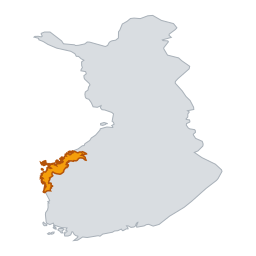 Ostrobothnia highlighted on a map of Finland
{"feature_id": "FIN-3182", "entity_name": "Ostrobothnia", "entity_type": "Province", "adm_level": 1, "iso_a3": "FIN", "parent_name": "Finland", "parent_adm1": "", "projection": "natural_earth1", "projection_center": [22.043, 62.87], "detail": "fine", "context": "in_parent", "style": "filled", "palette": "amber", "viewbox_px": 256, "rotation_deg": 0, "n_neighbors": 0, "source": "natural_earth", "source_scale": "10m", "svg_char_len": 8805}
<svg xmlns="http://www.w3.org/2000/svg" viewBox="0 0 256 256"><path d="M93.1,106.8L91.3,102.7L88.9,99.3L86.2,98.4L85.3,97.0L84.9,94.2L85.3,92.0L88.0,90.0L88.5,87.1L90.0,84.9L89.2,83.4L84.8,79.3L84.1,78.0L83.9,75.7L86.3,73.7L85.6,71.6L80.9,70.8L81.1,69.6L82.4,67.5L81.7,65.7L81.6,61.9L83.9,60.2L81.2,58.8L78.5,56.4L76.3,56.3L74.9,53.7L70.8,51.3L56.6,48.1L47.9,44.4L43.2,41.5L38.9,39.8L38.5,38.3L34.0,37.1L34.9,36.4L38.4,36.3L41.3,36.9L42.3,36.1L41.1,33.9L41.3,33.3L44.6,32.0L50.0,32.0L61.6,40.9L63.5,43.8L74.4,44.8L75.6,45.5L78.5,45.3L84.8,43.9L87.2,42.0L89.6,42.1L105.3,46.5L107.6,45.5L109.0,42.8L110.2,41.6L112.0,40.8L115.6,40.2L118.4,38.0L118.5,31.8L119.8,30.1L122.3,24.0L127.1,21.3L130.5,18.5L134.0,18.1L140.4,18.6L147.8,15.8L152.7,15.4L161.4,20.4L173.5,23.6L176.9,27.8L175.4,29.5L169.2,34.1L169.0,35.3L171.3,37.4L162.3,39.9L163.0,40.6L167.8,40.9L168.4,41.8L163.8,47.7L163.7,48.7L167.5,55.1L178.6,57.9L181.7,60.7L189.7,66.3L189.1,68.9L177.9,78.7L175.4,81.4L175.2,83.1L182.2,90.9L186.0,96.5L190.1,100.5L193.6,107.2L193.8,109.5L187.5,110.7L189.3,112.0L187.8,114.0L187.8,117.0L186.0,119.0L186.4,119.5L189.5,119.9L189.9,121.3L189.7,122.1L186.5,123.6L186.3,125.1L188.1,127.8L189.5,128.8L194.5,129.6L195.2,130.3L195.5,132.3L193.3,134.2L193.3,134.9L195.6,138.4L202.2,141.3L203.0,143.4L203.1,144.8L202.8,146.1L198.0,150.9L194.3,152.4L201.9,157.6L215.4,164.2L221.5,169.8L222.0,171.4L218.1,178.5L216.5,180.4L206.1,188.4L191.4,201.5L184.0,207.4L169.5,216.2L159.1,224.4L153.2,226.1L148.6,224.3L146.3,224.7L144.1,225.9L136.8,227.2L136.5,225.9L137.9,222.3L137.3,222.4L136.0,224.1L135.4,226.0L134.0,227.0L131.0,227.4L128.0,225.8L126.5,225.8L128.1,228.2L128.0,228.9L126.4,228.8L123.2,230.6L122.4,230.6L121.3,229.1L117.8,230.7L114.5,231.0L112.5,232.2L102.7,234.1L100.0,236.2L98.2,235.7L87.2,237.5L82.6,237.0L77.6,240.2L73.7,240.6L77.7,237.3L77.9,236.2L75.8,235.6L74.2,234.4L72.8,231.9L72.0,231.7L70.7,234.9L68.1,236.0L64.8,236.0L64.4,234.6L65.0,233.3L64.5,233.1L64.9,232.1L66.6,232.0L67.1,231.5L67.0,230.8L65.7,230.2L67.0,228.0L61.2,227.5L54.1,225.1L53.2,223.1L49.8,224.6L46.7,223.1L46.2,222.1L45.4,214.6L45.7,212.5L47.5,210.0L48.1,207.5L48.0,202.9L49.0,202.9L47.8,201.4L49.5,201.0L49.7,200.5L45.9,193.2L43.6,191.5L45.4,186.2L45.2,185.0L44.9,183.6L42.1,182.0L41.1,177.3L41.8,174.7L47.2,169.9L47.5,168.1L50.6,168.0L49.2,166.3L48.8,164.3L53.2,163.5L54.8,164.1L58.7,163.4L62.2,161.9L60.8,159.1L62.6,159.0L62.0,158.3L62.1,157.6L63.5,157.9L65.7,155.9L65.8,154.4L69.7,153.6L74.1,150.5L78.1,148.9L82.3,145.8L84.1,145.6L85.0,143.6L89.7,140.5L91.3,138.0L95.6,135.1L99.9,130.2L100.3,128.8L106.8,127.0L112.8,127.5L112.6,126.3L111.7,125.5L114.1,124.2L113.5,122.3L112.1,121.3L113.5,113.9L111.7,112.4L104.8,110.0L102.0,109.7L100.4,107.8L101.1,105.6L97.4,107.3L93.1,106.8ZM58.9,228.5L62.9,228.5L64.0,229.7L62.2,230.5L62.0,231.4L63.0,232.9L61.2,232.9L60.0,231.3L58.0,230.1L58.9,228.5ZM105.2,124.6L102.7,125.4L100.6,124.9L100.6,123.5L104.1,122.5L107.7,123.6L105.9,123.9L105.2,124.6ZM43.4,162.6L43.3,163.9L45.7,163.0L46.7,163.3L46.5,164.4L45.7,164.2L43.7,165.4L41.9,164.4L40.8,162.6L43.4,162.6ZM46.9,224.6L46.7,225.6L44.3,225.7L43.3,224.7L42.8,222.9L43.7,222.1L44.3,223.1L46.9,224.6ZM56.5,229.0L55.2,229.1L53.4,228.0L53.2,227.5L53.9,227.3L53.6,225.9L55.0,226.7L55.8,227.5L55.0,227.7L56.5,229.0ZM53.7,233.5L51.9,234.2L51.2,234.1L51.4,232.7L52.5,232.1L54.2,232.1L53.7,233.5ZM50.0,234.2L48.5,234.4L47.5,233.8L49.0,232.7L50.1,232.8L50.4,233.4L50.0,234.2Z" fill="#d9dde1" stroke="#a8b0b8" stroke-width="1"/><path d="M44.7,192.6L44.0,192.4L44.3,191.9L44.1,191.7L43.3,191.6L44.0,190.1L44.1,189.6L44.2,188.5L44.4,188.3L44.6,188.8L44.9,188.2L45.0,187.8L44.9,187.6L45.1,187.3L45.9,186.9L46.0,186.6L45.8,186.4L45.4,186.1L45.7,185.3L45.4,185.3L45.0,185.8L44.7,186.1L45.0,184.7L45.0,183.6L45.1,183.3L44.2,183.5L43.9,183.4L43.8,183.2L43.8,182.9L43.9,182.6L44.1,182.4L43.9,182.0L42.8,183.2L42.8,183.4L43.0,183.7L42.6,183.7L42.5,183.3L42.8,182.5L42.4,182.4L42.8,181.9L42.5,181.7L42.1,181.8L41.6,182.2L41.5,181.9L41.9,180.8L41.4,181.0L41.3,180.9L41.3,180.1L41.4,179.8L41.9,179.4L41.5,178.8L42.5,178.1L42.9,178.2L42.6,177.8L41.4,177.6L41.1,177.3L40.7,177.5L40.4,177.9L40.4,177.3L40.7,176.5L40.6,176.0L41.5,175.8L41.9,175.5L42.1,175.1L42.1,174.9L41.7,174.8L41.3,174.4L41.2,174.0L41.3,173.7L41.5,173.5L41.9,173.4L42.5,173.7L43.0,173.0L43.2,172.0L43.5,171.8L43.9,171.8L45.1,172.1L45.5,172.0L46.1,171.5L46.6,170.1L47.3,169.9L47.1,169.1L47.0,168.0L47.0,167.9L47.6,167.9L47.7,167.5L47.9,167.2L48.4,167.4L49.1,167.9L50.2,168.3L50.7,168.4L51.3,168.2L50.5,167.6L49.0,166.7L48.9,166.4L49.2,166.1L48.8,166.2L48.5,166.2L48.4,166.0L48.3,165.4L48.1,165.3L48.2,165.1L48.9,165.0L48.9,164.9L48.2,164.7L47.9,164.2L48.1,164.0L49.0,163.6L50.0,164.3L50.5,164.4L50.9,163.9L51.7,164.3L52.2,164.4L52.6,164.2L51.5,163.9L52.2,163.5L53.2,163.5L54.4,163.0L54.8,163.0L54.6,163.6L54.8,164.4L54.6,164.9L55.0,164.9L56.4,165.6L55.9,164.7L56.6,164.4L57.1,163.5L57.4,163.3L57.9,163.8L58.2,163.8L58.8,163.5L59.4,163.7L59.7,163.6L59.8,163.6L59.8,163.3L60.2,163.5L60.9,162.9L61.5,162.1L62.0,162.7L62.4,162.5L63.1,161.7L62.4,160.8L61.9,160.5L61.0,159.6L60.4,159.6L60.2,159.4L60.0,159.2L59.9,158.6L60.3,158.3L60.9,158.3L61.9,159.1L63.0,159.3L63.6,159.5L62.1,158.6L61.5,157.9L61.3,157.4L61.5,157.1L62.5,157.2L62.4,157.6L62.4,157.8L63.2,158.0L63.5,158.2L63.5,158.7L64.2,158.3L64.0,157.9L64.1,157.7L64.6,156.5L65.2,156.0L65.2,155.8L66.1,156.0L65.9,155.7L65.2,154.9L65.8,154.5L65.7,154.2L66.4,154.3L66.7,154.2L66.9,153.8L66.8,153.1L67.2,153.2L67.6,153.6L67.8,153.3L67.9,153.1L68.3,153.2L68.8,153.6L68.8,153.9L68.8,154.2L69.3,154.8L70.0,154.8L70.6,154.5L70.9,154.4L71.0,153.9L71.1,153.7L71.4,153.5L71.9,153.3L72.2,153.1L71.0,152.6L72.2,152.6L71.7,152.2L72.2,152.3L72.6,152.3L72.7,151.8L72.3,151.6L72.1,151.4L72.2,151.1L72.5,151.0L72.9,151.0L73.1,151.1L73.4,151.6L73.7,151.9L73.9,151.8L73.9,151.6L73.7,151.3L74.0,151.4L74.5,151.3L77.3,152.7L78.1,152.8L79.4,152.0L80.1,151.9L81.6,152.3L82.1,151.7L82.5,151.7L84.0,152.3L86.2,153.5L86.5,153.9L86.3,154.0L84.4,154.3L83.3,154.7L82.8,154.5L82.5,153.9L82.4,153.9L82.1,154.1L82.2,154.6L81.9,154.8L81.9,155.1L81.5,155.3L82.4,155.5L83.3,155.5L83.7,155.6L83.9,156.4L84.9,157.0L85.2,157.4L85.6,159.4L85.8,159.7L86.2,160.2L86.1,160.3L85.2,160.0L84.5,159.6L83.4,158.4L82.6,158.1L81.7,158.0L80.0,157.9L79.1,158.2L78.4,158.7L77.4,160.1L76.6,160.6L76.0,160.8L73.7,160.6L73.5,160.8L73.5,161.2L73.2,161.3L71.6,160.9L69.4,160.9L69.6,161.1L67.9,161.8L68.3,162.2L67.2,162.5L66.6,162.8L66.5,163.0L66.5,163.3L67.0,163.4L67.0,163.6L66.6,164.0L67.0,164.0L66.7,164.7L68.1,164.6L68.4,165.0L68.3,165.8L67.9,165.9L67.7,166.1L67.8,166.2L67.8,166.5L67.6,167.0L67.3,167.1L66.8,167.1L66.2,167.2L66.0,167.4L66.3,167.7L65.9,167.8L65.3,168.2L64.1,169.8L63.9,170.4L63.6,171.0L63.7,171.6L63.5,172.0L61.7,173.4L60.9,173.9L60.4,174.1L59.8,174.2L56.5,173.7L55.2,173.3L54.4,173.0L53.0,172.0L52.6,172.1L52.0,173.1L51.9,173.9L51.9,174.2L52.1,174.8L52.8,175.5L52.7,175.9L51.4,176.9L49.5,177.8L49.6,178.5L50.0,178.7L49.9,179.0L49.5,180.1L48.9,181.0L48.8,181.5L48.9,182.0L48.7,182.4L48.5,182.7L48.6,182.9L49.0,183.0L48.9,183.3L50.3,183.0L50.9,183.2L51.2,183.4L51.2,183.7L50.8,183.7L51.1,184.5L51.1,185.2L51.3,185.5L52.1,185.7L52.4,185.9L52.6,186.1L52.5,186.3L51.2,186.6L51.0,186.9L51.0,187.2L51.4,187.7L51.4,188.0L50.6,188.1L50.4,188.8L50.2,190.4L50.5,190.8L48.4,190.7L47.5,190.8L46.6,191.1L45.5,192.1L45.1,192.3L44.7,192.6ZM46.7,163.3L46.5,163.6L46.5,163.9L46.8,164.4L45.9,164.6L45.6,164.5L45.9,164.2L45.6,164.2L44.4,164.9L44.4,165.0L44.9,165.1L44.6,165.3L43.6,165.5L42.9,164.7L42.6,164.5L42.1,164.8L41.9,164.8L41.7,164.4L42.0,164.4L42.0,164.2L41.1,163.6L40.7,162.4L41.4,162.8L42.8,162.6L43.6,162.6L43.1,162.9L42.7,163.5L42.8,163.7L42.7,163.8L43.0,163.9L43.9,163.9L44.3,164.1L44.5,163.8L44.4,163.5L44.8,163.2L45.5,163.0L46.2,163.0L46.7,163.3ZM59.1,163.2L58.1,163.0L58.0,162.9L57.8,162.6L58.1,162.4L58.2,162.2L57.8,161.7L58.6,161.5L58.9,161.6L59.4,161.9L59.6,161.7L60.0,161.9L60.2,161.7L60.5,161.3L60.8,161.8L60.9,162.0L60.5,162.6L60.3,162.7L59.9,162.7L59.4,162.4L58.6,162.5L59.4,162.7L59.5,162.9L59.1,163.2ZM70.6,151.5L70.9,151.5L70.5,152.4L70.1,152.2L70.0,152.3L70.1,152.5L69.4,152.8L68.8,152.4L68.4,151.8L69.3,151.3L69.8,151.2L70.1,151.2L70.4,151.5L70.6,151.5ZM44.9,162.4L44.8,162.0L44.2,162.1L43.3,161.5L45.3,160.7L45.8,161.0L45.8,161.4L45.6,161.8L44.9,162.4ZM42.9,170.0L42.6,169.9L42.2,170.0L41.9,169.9L41.7,169.6L41.9,169.6L42.1,169.4L41.8,169.2L41.6,169.0L41.6,168.8L41.9,168.6L42.7,169.0L43.1,169.4L43.1,169.7L43.2,169.9L42.9,170.0ZM55.9,161.4L55.8,161.2L56.6,160.2L57.2,160.3L57.7,160.2L58.3,160.3L58.0,160.4L58.1,160.6L58.0,160.8L57.7,160.8L57.1,160.7L56.9,160.7L56.6,161.0L55.9,161.4ZM56.8,161.6L57.2,161.6L57.7,162.1L57.5,162.5L56.9,162.6L56.7,162.3L56.5,162.6L56.3,162.6L56.2,162.4L56.3,162.2L56.5,161.9L57.2,161.9L56.8,161.6Z" fill="#f59e0b" stroke="#b45309" stroke-width="1.5"/></svg>